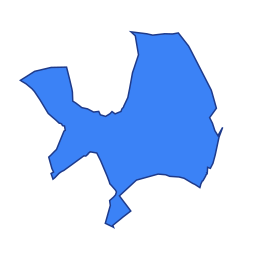 the district of Santo Domingo Yanhuitlán, Oaxaca, Mexico, rotated 75°
{"feature_id": "50627088B16686232310096", "entity_name": "Santo Domingo Yanhuitlán", "entity_type": "district", "adm_level": 2, "iso_a3": "MEX", "parent_name": "Mexico", "parent_adm1": "Oaxaca", "projection": "orthographic", "projection_center": [-97.341, 17.526], "detail": "fine", "context": "isolated", "style": "filled", "palette": "blue", "viewbox_px": 256, "rotation_deg": 75, "n_neighbors": 0, "source": "geoboundaries", "source_scale": "gbopen_adm2", "svg_char_len": 1903}
<svg xmlns="http://www.w3.org/2000/svg" viewBox="0 0 256 256"><g transform="rotate(75 128 128)"><path d="M53.3,171.6L49.6,186.6L49.1,203.5L54.1,219.6L55.5,218.4L57.0,216.9L59.0,215.0L65.2,210.6L68.6,208.9L78.0,205.7L93.3,201.3L98.2,198.0L101.7,195.6L105.6,193.2L105.8,192.4L106.8,191.1L108.5,190.7L108.9,190.4L109.7,188.8L114.0,189.2L114.4,190.6L120.3,195.1L130.2,202.6L131.9,205.6L134.3,209.6L135.6,212.1L147.5,212.0L151.3,211.3L151.6,212.4L152.0,214.1L158.0,213.7L157.0,211.4L154.0,206.5L153.4,205.0L152.8,203.2L152.4,201.0L148.8,191.6L144.1,179.5L143.5,177.8L144.1,176.2L144.0,175.5L143.7,174.9L143.5,174.7L143.3,174.5L143.2,173.9L143.0,173.5L142.6,173.4L141.9,172.5L141.9,172.0L141.8,171.6L141.6,171.4L141.5,170.9L141.2,170.7L144.1,164.6L152.4,162.9L169.0,160.6L175.0,160.0L177.2,160.0L179.4,158.8L184.7,156.2L186.8,155.7L189.4,157.4L191.0,159.8L193.3,164.5L198.2,165.1L214.2,174.6L219.9,167.9L220.1,167.7L218.1,167.9L212.6,155.7L208.9,146.8L203.1,149.1L197.3,151.5L191.3,153.9L191.1,153.5L186.7,145.1L181.1,134.5L180.5,133.3L180.3,110.9L182.9,103.7L185.5,100.2L188.5,91.4L191.1,86.8L198.2,79.9L199.7,78.1L200.1,77.7L204.2,74.0L203.6,73.6L200.9,72.1L198.4,69.9L198.4,69.7L198.3,69.2L196.0,66.9L194.1,65.1L193.4,64.7L192.7,63.4L192.1,63.2L191.6,63.5L191.2,62.8L186.6,61.3L188.3,58.9L184.1,55.1L176.7,50.8L160.3,42.4L151.9,36.4L158.7,43.1L153.1,44.8L145.3,45.2L139.1,46.5L131.8,37.5L115.2,37.7L112.9,37.8L68.8,47.3L64.5,48.3L49.2,54.8L48.7,60.7L46.5,68.1L44.7,80.1L41.9,85.4L35.9,100.2L40.8,97.1L60.0,98.9L71.7,106.6L75.7,109.3L89.9,116.0L98.6,120.3L105.9,126.5L106.8,127.0L107.6,128.4L108.2,129.1L110.2,130.5L111.0,136.8L108.0,139.2L109.5,141.6L111.0,146.6L108.1,151.3L104.4,152.0L103.7,157.1L99.0,162.2L96.4,167.3L94.6,168.7L94.4,168.8L92.4,170.4L91.1,171.4L90.8,171.6L90.7,171.7L87.7,174.4L78.9,172.4L75.6,172.1L65.9,171.8L53.3,171.6Z" fill="#3b82f6" stroke="#1e3a8a" stroke-width="1.5"/></g></svg>